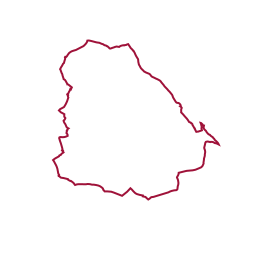 the district of Silivasu De Campie, Bistrita-Nasaud, Romania, rotated 207°
{"feature_id": "2599482B45748047003023", "entity_name": "Silivasu De Campie", "entity_type": "district", "adm_level": 2, "iso_a3": "ROU", "parent_name": "Romania", "parent_adm1": "Bistrita-Nasaud", "projection": "natural_earth1", "projection_center": [24.285, 46.784], "detail": "fine", "context": "isolated", "style": "outline", "palette": "rose", "viewbox_px": 256, "rotation_deg": 207, "n_neighbors": 0, "source": "geoboundaries", "source_scale": "gbopen_adm2", "svg_char_len": 5820}
<svg xmlns="http://www.w3.org/2000/svg" viewBox="0 0 256 256"><g transform="rotate(207 128 128)"><path d="M193.1,190.6L194.3,190.2L195.3,189.9L199.1,189.1L200.8,188.7L201.9,188.4L202.8,188.1L203.4,187.7L203.9,187.4L203.6,186.2L203.6,185.6L203.7,184.8L203.8,184.1L204.0,183.3L204.6,181.4L205.1,180.4L206.0,179.2L209.8,173.9L211.5,172.3L212.7,171.1L213.6,169.9L214.1,168.9L214.5,168.1L214.9,165.9L215.0,164.4L215.3,163.3L216.2,163.0L216.3,162.3L215.5,161.4L215.4,161.1L215.1,159.3L215.0,158.7L214.9,158.3L214.7,157.3L214.6,157.0L214.6,156.8L215.0,155.8L215.0,153.6L215.2,151.7L215.2,151.3L215.2,150.5L215.2,149.6L214.6,149.2L214.2,148.9L213.8,148.4L213.4,148.1L212.7,147.4L211.9,146.7L211.5,146.5L210.9,146.0L210.1,145.0L209.6,144.5L208.6,143.5L207.8,142.7L207.5,142.3L206.8,142.3L206.0,142.2L205.3,141.8L204.5,141.4L203.6,140.7L202.3,139.9L201.9,139.4L201.6,139.6L200.4,139.5L196.5,138.7L196.4,136.4L197.1,136.5L196.9,134.6L197.0,133.1L196.9,131.5L197.0,131.2L197.3,131.0L197.4,130.8L197.4,130.6L197.3,130.3L197.3,130.2L196.4,130.2L196.2,130.1L196.2,129.6L196.1,129.2L195.9,128.9L195.3,128.3L195.0,128.1L194.4,124.1L194.3,120.9L194.5,117.9L194.7,117.4L196.4,114.9L197.0,114.1L197.5,112.3L196.2,111.9L195.0,111.5L194.4,111.5L193.3,111.5L191.0,111.4L190.2,109.6L189.7,109.0L189.1,108.8L188.3,108.4L188.3,107.7L188.2,106.8L188.5,106.0L188.7,105.2L187.8,104.3L187.0,103.7L185.8,103.1L184.6,102.2L183.4,101.1L182.6,100.8L181.6,100.6L180.9,100.6L181.3,99.8L181.3,99.4L181.1,99.0L181.1,98.7L181.3,98.5L181.4,98.3L181.4,98.0L181.3,97.6L181.0,97.2L180.8,97.0L180.8,96.8L180.8,96.4L180.5,95.5L179.7,95.2L178.9,94.7L178.5,94.1L178.2,93.6L179.4,92.1L180.5,91.1L181.9,90.2L183.8,89.4L184.2,89.2L184.3,89.0L184.8,88.6L184.8,88.4L184.8,87.9L184.4,87.3L184.0,87.0L183.7,86.8L183.5,86.4L182.3,85.2L181.0,84.0L179.3,82.2L177.9,80.7L177.1,79.8L176.9,79.4L176.5,78.9L176.4,78.8L176.1,78.6L176.3,78.5L176.5,78.3L176.6,78.1L174.4,77.0L174.6,76.6L174.9,75.9L175.2,75.5L175.5,74.7L175.7,73.9L175.7,73.4L176.4,72.8L176.7,72.4L176.7,72.1L176.6,71.6L176.8,71.2L177.8,69.7L178.9,68.1L179.7,66.6L180.2,65.4L179.0,64.8L175.0,62.0L173.8,61.0L173.2,60.4L172.4,59.6L170.3,56.9L169.8,56.2L169.1,55.5L168.1,55.0L168.0,54.8L167.9,54.3L168.1,53.8L167.9,53.7L167.2,53.8L165.4,53.3L165.0,53.4L164.0,53.7L162.9,54.1L158.7,55.1L158.7,54.9L157.6,54.7L156.0,54.6L154.9,54.7L154.8,54.9L154.4,54.9L153.5,54.7L152.8,54.6L151.3,54.2L150.7,53.9L150.1,53.5L149.3,53.2L147.9,54.6L146.7,55.4L139.9,58.8L138.5,59.8L136.4,60.7L135.0,61.0L134.3,61.2L132.7,62.0L130.2,62.8L128.1,63.3L126.3,63.4L124.9,63.2L124.3,63.1L123.4,62.9L123.0,62.6L122.8,62.6L122.0,61.8L121.5,61.6L121.4,61.4L120.8,61.3L120.0,60.9L117.7,62.1L115.5,63.0L114.1,63.6L111.5,64.0L102.5,64.9L99.8,70.9L98.5,75.4L96.6,74.9L94.9,74.2L92.5,73.4L91.4,73.2L90.0,73.2L87.3,73.7L84.1,74.6L83.8,73.8L81.1,74.5L79.3,73.9L78.1,73.7L77.5,73.5L76.8,74.6L76.5,75.3L76.1,76.5L75.3,77.4L75.0,77.5L74.0,78.2L62.8,89.0L61.8,90.4L60.5,91.8L60.1,92.1L58.7,93.3L56.8,94.5L56.4,95.1L56.2,95.7L56.3,96.1L56.5,96.7L56.9,97.8L57.2,98.6L57.5,100.3L58.1,101.9L59.7,104.2L60.5,105.0L61.4,105.7L61.9,106.1L62.0,106.4L61.9,108.7L62.0,109.8L62.5,111.1L57.3,115.6L56.2,116.5L51.1,119.7L48.9,121.5L46.0,124.9L44.9,126.3L44.4,128.0L44.5,130.6L45.0,131.4L46.1,134.7L46.3,134.9L46.5,135.8L46.8,137.4L47.0,138.2L47.5,139.2L47.9,140.4L48.1,141.1L48.4,141.8L49.1,142.8L49.6,143.4L50.4,144.1L51.0,144.8L51.2,145.2L51.8,147.8L52.1,148.9L52.4,150.0L52.3,151.0L51.3,151.9L50.7,152.2L49.1,152.6L48.3,152.8L48.0,153.2L46.5,153.9L45.5,154.1L44.2,154.0L43.7,154.0L43.4,154.1L42.4,154.4L41.4,154.5L39.7,154.5L40.2,154.9L41.5,155.7L43.7,156.4L44.6,156.6L45.5,156.9L46.3,157.5L46.8,157.6L47.4,157.8L48.0,158.1L48.3,158.3L49.5,158.4L50.7,158.6L51.3,158.8L51.9,159.1L52.2,159.1L52.4,159.0L52.8,159.0L53.3,159.0L54.4,159.3L56.2,160.1L57.4,160.9L58.3,161.1L59.6,161.6L60.2,162.0L60.7,162.5L61.0,163.2L61.4,164.6L61.8,164.4L62.2,164.4L62.6,164.6L63.1,165.0L64.1,165.3L65.1,165.6L65.6,165.5L64.7,164.7L63.9,163.7L63.3,163.1L62.8,162.3L62.5,161.6L62.5,161.2L61.4,159.9L61.1,159.5L62.3,158.2L64.0,156.5L64.8,156.1L65.4,155.6L66.9,156.6L67.5,157.2L68.3,157.6L68.3,157.9L68.8,158.2L69.3,158.3L70.7,159.3L71.6,159.7L71.9,160.0L72.2,160.5L72.5,160.7L73.3,161.0L73.7,161.0L73.9,160.9L74.1,161.0L74.3,161.2L74.7,161.3L75.9,161.1L76.3,161.1L78.1,162.2L79.9,163.1L80.5,163.3L83.1,164.3L84.7,165.0L85.5,165.3L87.6,166.0L87.8,166.1L88.0,166.7L88.5,167.6L88.8,168.2L89.1,168.9L89.2,169.8L89.2,170.1L89.3,170.4L89.9,170.7L91.3,171.0L90.9,171.5L91.8,172.5L92.2,172.7L93.2,173.1L93.7,173.2L94.4,173.2L95.4,172.8L95.7,172.7L96.5,172.7L97.5,173.1L98.8,173.9L101.4,175.5L102.0,176.0L102.6,176.5L102.8,176.8L103.8,177.6L107.4,179.2L109.3,179.8L110.3,180.3L112.9,181.2L114.4,181.7L115.6,182.4L119.4,184.0L119.7,184.3L121.0,184.7L122.3,184.8L124.4,184.8L125.2,184.7L127.5,184.7L129.6,184.6L130.4,184.7L131.2,185.0L132.4,185.6L133.3,185.9L133.7,185.9L137.4,185.6L138.6,185.7L138.9,185.6L139.7,185.8L139.9,185.9L140.4,186.1L140.7,186.2L141.8,186.5L142.9,186.9L143.5,187.1L144.5,187.7L145.4,188.4L146.3,189.0L146.7,189.2L147.3,189.7L147.5,190.0L148.0,190.6L148.6,191.3L148.9,191.7L149.8,193.2L150.3,193.9L152.3,195.1L153.7,196.0L155.5,197.4L155.9,197.8L158.0,199.2L158.3,199.1L158.8,199.5L159.1,199.5L160.2,200.0L161.3,200.3L161.9,200.5L162.3,200.7L162.7,201.0L165.9,202.8L166.3,202.5L166.7,202.1L167.3,201.3L167.4,201.1L168.0,200.7L168.6,200.2L168.9,199.9L169.1,200.0L170.3,199.2L171.2,198.4L172.0,197.6L172.7,196.2L173.1,196.1L173.7,195.9L174.9,195.5L175.3,195.3L176.3,194.4L177.3,193.3L177.7,192.9L179.0,191.6L179.4,191.1L179.8,190.8L180.2,190.6L180.6,190.6L182.0,191.1L183.5,191.5L183.8,191.3L184.2,191.3L185.1,191.5L185.5,191.4L186.0,191.2L186.7,191.1L187.9,191.3L188.3,191.3L190.0,191.0L190.7,191.0L192.3,190.9L193.1,190.6Z" fill="none" stroke="#9f1239" stroke-width="2"/></g></svg>